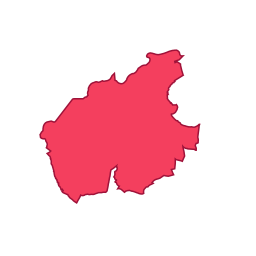 the district of Garleni, Bacau, Romania, rotated 310°
{"feature_id": "2599482B15530605072103", "entity_name": "Garleni", "entity_type": "district", "adm_level": 2, "iso_a3": "ROU", "parent_name": "Romania", "parent_adm1": "Bacau", "projection": "robinson", "projection_center": [26.781, 46.656], "detail": "fine", "context": "isolated", "style": "filled", "palette": "rose", "viewbox_px": 256, "rotation_deg": 310, "n_neighbors": 0, "source": "geoboundaries", "source_scale": "gbopen_adm2", "svg_char_len": 5740}
<svg xmlns="http://www.w3.org/2000/svg" viewBox="0 0 256 256"><g transform="rotate(310 128 128)"><path d="M218.6,123.8L217.7,122.9L217.3,121.9L217.5,120.5L218.6,119.2L219.1,118.2L219.2,116.4L218.8,115.1L217.6,113.8L215.8,112.1L213.2,110.3L210.7,109.0L208.3,107.6L205.6,105.7L204.0,104.4L203.5,103.9L202.3,102.0L201.8,100.7L200.8,98.5L199.8,96.8L199.0,96.2L198.0,95.7L197.1,95.5L196.0,95.7L195.1,96.0L194.7,96.6L194.6,97.1L194.8,97.6L195.3,98.8L195.4,99.6L195.0,100.4L194.3,101.1L193.1,101.7L191.8,102.0L190.3,101.8L188.7,101.6L187.6,101.2L187.0,100.5L186.3,99.8L185.0,98.9L183.9,98.5L180.2,97.5L178.8,97.9L176.2,98.1L175.4,98.0L173.7,97.5L173.2,97.2L172.6,96.5L171.7,96.0L170.1,95.4L168.6,95.1L167.1,95.1L165.7,95.3L165.0,95.5L164.4,95.9L163.8,96.0L162.3,96.1L160.3,95.9L159.1,95.6L158.1,94.9L157.5,94.3L157.0,93.4L156.8,92.8L156.4,92.0L156.4,90.1L156.7,88.9L156.2,87.4L161.1,82.5L158.3,82.2L157.4,82.2L156.5,82.5L154.0,82.9L151.9,82.3L150.5,81.4L150.0,80.9L149.1,80.2L148.4,79.6L147.9,78.9L147.9,78.5L147.8,78.1L147.0,77.7L145.3,76.9L144.2,76.2L144.0,75.9L143.3,74.4L143.0,74.0L142.6,73.6L142.0,73.2L141.0,72.7L139.9,72.0L139.2,71.7L138.1,71.3L137.2,71.4L135.9,71.3L133.2,72.0L132.6,72.4L131.8,73.2L131.2,73.4L130.8,73.8L129.9,73.9L128.6,74.7L127.3,76.4L126.2,76.2L125.9,76.4L125.1,76.3L124.6,75.7L124.0,75.3L121.5,74.8L115.8,68.0L115.2,67.4L114.9,67.2L114.4,67.0L86.6,68.2L85.9,68.1L85.3,67.8L84.9,67.4L83.9,64.7L80.9,62.4L80.3,62.0L78.8,61.5L77.1,61.5L75.8,61.8L74.8,62.2L72.8,63.4L71.7,64.3L71.3,64.4L71.0,64.6L69.2,64.4L67.4,64.8L66.4,64.9L66.1,65.3L64.5,67.1L64.5,68.3L64.9,69.4L65.4,70.3L66.2,71.0L66.2,71.3L66.3,71.8L66.1,72.2L65.2,73.5L64.9,74.2L64.8,74.8L64.0,76.2L63.6,76.7L61.8,77.6L61.3,78.0L60.8,78.2L60.4,78.2L60.7,83.6L59.5,83.5L58.1,83.1L56.5,82.4L56.1,85.1L56.1,86.5L54.9,88.4L54.6,88.3L54.0,89.6L53.2,90.6L51.2,92.2L51.1,92.5L50.7,93.8L50.6,94.1L47.6,98.5L47.1,99.1L46.8,99.1L46.7,99.7L45.5,100.9L44.0,102.8L43.7,103.6L43.3,104.7L43.0,104.8L42.8,105.1L42.9,105.8L42.4,106.7L42.6,106.9L42.5,107.1L41.9,107.7L41.7,108.1L41.1,108.6L41.2,109.0L41.2,109.4L41.3,109.5L40.8,109.9L40.3,110.6L40.7,110.7L40.2,111.1L39.9,111.6L39.3,112.0L39.3,112.4L39.2,112.8L39.1,113.3L39.3,113.5L38.8,114.5L38.5,115.4L37.9,116.0L37.6,116.8L38.8,117.0L38.3,118.6L37.0,118.4L37.0,118.7L36.8,119.0L36.8,120.0L37.3,121.8L37.6,122.7L37.8,123.7L38.3,124.6L38.0,125.3L37.8,125.5L37.6,126.1L37.7,126.5L37.2,127.9L37.2,129.2L37.4,131.6L37.2,132.9L37.3,134.6L37.6,136.8L38.7,136.6L39.8,136.3L42.2,135.9L43.9,135.6L46.2,134.9L46.3,135.5L46.6,136.1L47.3,137.0L48.5,137.8L49.4,138.0L49.7,138.2L50.1,138.6L51.3,139.5L51.8,140.7L52.0,141.0L52.3,141.4L53.6,142.5L54.7,144.0L55.3,144.5L56.1,145.0L56.7,145.3L59.5,147.0L61.5,149.3L62.7,150.2L63.4,150.9L64.2,152.0L64.6,152.3L66.3,152.4L67.8,151.6L69.5,150.7L70.9,149.9L73.0,148.6L73.6,148.4L74.4,147.9L78.6,145.5L79.4,145.2L82.5,143.2L84.7,142.0L85.1,141.9L86.7,142.4L88.5,142.9L91.5,143.5L91.2,143.6L91.1,143.9L91.1,144.5L90.4,145.0L90.3,145.3L90.4,145.5L89.8,146.0L89.5,146.2L87.7,146.5L87.4,146.4L86.6,146.0L85.9,146.0L84.2,147.7L82.9,148.3L82.4,148.5L81.5,148.6L81.4,148.6L81.3,149.9L80.9,150.3L80.6,150.5L80.5,151.3L80.5,151.7L80.8,152.5L80.7,152.7L80.5,152.8L79.3,152.6L78.6,152.6L78.3,152.9L78.3,153.2L78.7,153.9L78.7,154.1L77.7,156.0L77.6,156.5L77.6,157.5L77.5,158.4L77.7,158.7L74.8,159.2L75.8,160.0L76.0,160.4L76.2,161.1L76.5,161.7L76.6,162.5L76.6,164.7L76.5,166.6L78.4,167.0L79.5,167.7L81.1,169.2L81.7,170.6L81.9,171.3L82.1,171.5L82.8,172.8L83.3,174.1L83.5,174.6L84.2,176.7L84.5,177.2L84.8,178.4L85.2,179.3L85.5,179.7L85.6,180.0L85.8,180.4L86.7,181.4L87.3,181.8L88.2,182.0L88.7,181.2L90.7,179.9L91.4,179.8L92.0,179.8L94.4,179.9L95.1,180.3L95.4,180.8L95.8,181.1L96.9,181.0L98.2,181.3L100.6,182.4L101.8,182.9L101.7,181.5L103.9,181.5L105.2,181.8L106.7,182.5L108.6,183.8L110.1,184.7L114.7,186.0L115.6,187.7L116.4,189.0L117.1,190.0L121.5,193.0L122.3,191.2L122.9,190.1L123.6,188.9L124.1,187.9L126.8,190.0L131.5,186.8L134.7,184.1L134.7,185.0L134.8,185.4L137.1,190.0L137.4,191.0L140.4,190.1L142.9,189.4L145.9,186.0L148.6,182.5L149.2,181.9L149.1,182.5L149.1,183.4L149.4,185.1L149.8,185.9L150.3,186.3L150.3,186.8L150.5,187.3L154.7,193.1L154.6,193.3L154.3,193.5L154.3,193.8L154.8,194.5L156.1,193.5L156.5,193.0L156.9,192.5L157.3,191.5L157.7,190.9L158.8,190.4L160.0,190.1L161.3,191.1L161.8,191.2L162.3,190.7L163.7,189.8L164.7,188.8L165.6,187.6L166.0,187.2L174.1,182.0L175.1,181.2L176.8,180.5L176.6,180.2L176.2,180.1L175.6,180.1L174.0,179.7L172.5,179.0L171.5,178.5L170.9,177.9L170.4,177.1L169.7,175.8L169.0,175.2L168.6,174.6L168.0,173.9L167.8,173.6L167.6,173.1L167.3,172.6L166.8,171.5L166.7,171.3L166.5,171.0L166.4,170.4L165.5,168.8L165.4,168.4L165.4,168.1L165.1,167.5L164.9,166.2L165.0,165.6L165.4,164.9L165.4,164.3L165.4,163.9L165.1,163.2L165.1,162.3L165.2,162.0L165.4,161.8L165.4,161.3L165.3,161.1L165.2,161.1L164.9,160.5L164.7,160.2L164.7,159.9L164.8,157.4L165.0,156.5L165.0,155.8L165.2,155.0L165.5,153.5L166.0,152.7L166.6,152.3L167.3,153.0L168.2,153.6L169.8,154.1L170.7,154.2L173.6,153.7L175.0,153.0L175.8,152.7L176.4,151.8L176.7,151.2L177.0,150.0L176.5,149.9L174.3,147.3L174.7,146.8L174.7,145.9L174.9,145.2L174.7,145.0L174.8,144.8L175.0,144.7L174.9,144.5L174.5,144.4L174.9,143.7L175.3,140.8L175.7,139.7L175.7,139.3L176.5,138.8L178.5,136.8L179.0,136.7L179.4,137.1L179.6,136.2L180.4,136.3L180.6,136.1L180.7,134.9L182.9,134.7L183.0,134.6L183.6,134.6L184.0,133.9L185.1,133.2L186.8,133.5L187.7,133.0L188.6,133.2L189.3,133.1L190.0,133.4L190.9,133.1L191.8,133.5L192.2,133.9L193.2,133.7L193.8,134.0L194.2,133.2L204.0,136.4L204.3,135.6L204.8,135.0L206.6,132.2L210.1,127.5L210.7,127.2L210.7,126.2L210.3,123.1L208.3,122.0L209.1,120.9L213.2,123.4L218.6,123.8Z" fill="#f43f5e" stroke="#9f1239" stroke-width="1.5"/></g></svg>